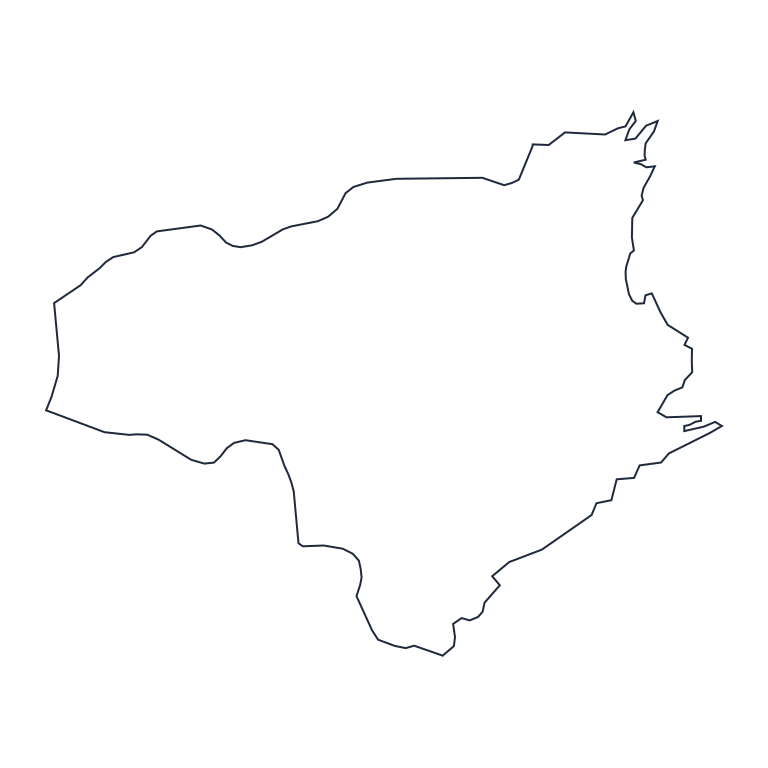 Tokushima, Natural Earth projection
{"feature_id": "JPN-1836", "entity_name": "Tokushima", "entity_type": "Prefecture", "adm_level": 1, "iso_a3": "JPN", "parent_name": "Japan", "parent_adm1": "", "projection": "natural_earth1", "projection_center": [134.325, 33.891], "detail": "fine", "context": "isolated", "style": "outline", "palette": "slate", "viewbox_px": 768, "rotation_deg": 0, "n_neighbors": 0, "source": "natural_earth", "source_scale": "10m", "svg_char_len": 1979}
<svg xmlns="http://www.w3.org/2000/svg" viewBox="0 0 768 768"><path d="M532.7,144.4L548.7,145.0L565.0,132.4L605.1,134.5L617.9,128.3L625.5,126.4L633.4,112.3L635.8,120.9L629.3,129.4L625.4,140.2L635.4,138.6L646.1,125.7L657.7,121.0L653.9,131.5L645.7,143.3L644.8,149.9L644.6,155.6L645.7,159.7L633.8,162.5L640.8,164.2L646.4,167.3L654.8,166.3L650.1,176.3L643.6,187.8L641.6,195.7L643.0,200.1L632.3,217.9L631.9,237.5L633.9,250.5L630.3,253.4L626.2,266.8L625.6,271.5L625.8,279.0L629.0,294.3L632.2,300.7L636.3,303.7L644.0,303.3L645.5,295.3L651.8,293.4L660.4,312.1L667.7,324.9L688.0,337.7L684.5,344.9L692.0,348.8L691.8,361.1L692.2,372.2L684.8,380.1L682.4,387.3L674.3,390.7L667.5,395.1L657.6,412.2L666.5,417.3L701.0,416.1L701.0,420.8L695.6,421.7L689.5,424.9L684.3,426.0L684.3,431.1L704.0,426.6L715.1,421.9L721.9,426.0L710.3,432.7L691.8,442.0L668.9,453.4L661.1,462.5L639.6,465.4L634.1,477.9L616.7,479.3L611.4,500.2L596.5,503.2L591.6,515.0L541.9,549.6L509.3,562.0L492.2,576.2L499.8,585.3L484.6,602.6L482.6,611.7L478.0,617.0L469.7,620.4L461.6,618.1L453.1,623.9L455.0,637.0L453.9,646.1L443.5,654.9L442.8,655.7L414.2,645.7L405.7,648.1L394.7,645.9L378.1,639.7L372.1,630.4L356.5,596.2L360.3,584.4L361.6,577.3L360.7,569.2L358.9,560.7L352.7,553.7L342.7,548.7L323.7,545.5L302.9,546.3L298.5,543.3L293.7,491.2L291.3,482.3L288.3,474.2L284.3,465.5L278.7,449.8L272.5,444.2L245.5,440.2L234.0,442.9L226.7,448.3L221.0,455.8L214.0,462.6L204.3,463.6L191.2,459.8L158.8,439.8L147.3,434.7L136.2,434.3L129.5,434.9L104.5,432.2L46.1,410.3L51.5,396.9L57.7,375.9L59.0,355.9L54.1,303.1L80.6,285.2L87.8,277.3L99.7,268.1L105.9,261.9L113.2,257.1L134.1,252.3L141.8,247.2L150.7,235.7L156.8,231.4L200.7,225.5L212.0,229.5L219.4,235.4L226.0,242.5L232.7,245.9L240.7,247.2L252.1,245.3L261.7,241.8L282.8,229.4L291.2,226.4L317.8,221.2L328.0,216.8L337.4,208.8L345.6,193.1L353.4,187.0L367.3,182.6L396.4,178.8L482.3,177.8L504.2,185.2L511.8,183.0L518.8,179.7L532.4,146.6L532.7,144.4Z" fill="none" stroke="#1e293b" stroke-width="2"/></svg>